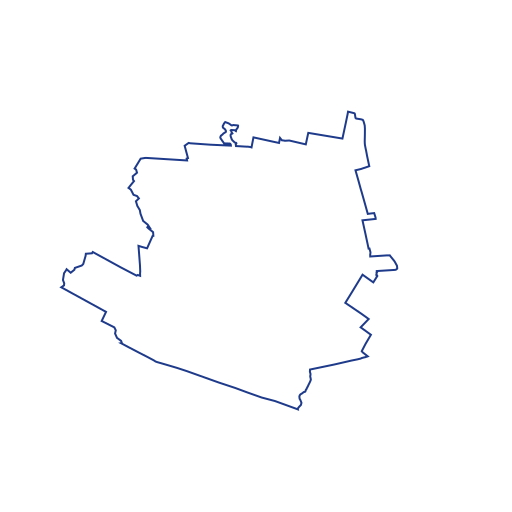 Recea, Arges, Romania (Robinson projection), rotated 50°
{"feature_id": "2599482B23278439531937", "entity_name": "Recea", "entity_type": "district", "adm_level": 2, "iso_a3": "ROU", "parent_name": "Romania", "parent_adm1": "Arges", "projection": "robinson", "projection_center": [25.033, 44.555], "detail": "fine", "context": "isolated", "style": "outline", "palette": "blue", "viewbox_px": 512, "rotation_deg": 50, "n_neighbors": 0, "source": "geoboundaries", "source_scale": "gbopen_adm2", "svg_char_len": 4411}
<svg xmlns="http://www.w3.org/2000/svg" viewBox="0 0 512 512"><g transform="rotate(50 256 256)"><path d="M399.3,320.2L399.2,319.5L399.2,319.4L399.0,317.4L398.2,316.2L397.6,315.5L397.0,315.3L394.5,314.5L393.5,314.4L393.2,314.2L392.8,314.0L391.4,313.0L391.2,312.6L390.9,312.2L390.6,311.2L390.6,310.6L390.9,308.9L390.9,308.1L390.9,307.0L391.5,305.8L391.5,305.3L391.4,305.1L390.6,303.9L390.5,303.1L390.3,302.8L390.3,302.7L390.1,302.4L389.9,302.0L389.8,301.6L389.7,301.2L389.3,300.6L389.1,299.9L388.8,299.2L388.4,298.5L388.2,298.0L388.0,297.5L387.1,295.5L386.6,294.5L386.0,293.5L384.7,292.7L383.3,292.0L382.7,291.5L382.2,290.8L381.3,290.0L379.3,289.1L377.7,287.6L389.0,266.6L390.1,264.5L397.5,250.0L400.4,244.7L401.8,241.9L402.2,240.5L403.3,238.1L403.5,237.9L404.6,235.2L404.7,234.9L398.4,236.2L396.9,236.2L393.7,228.5L390.2,218.6L377.9,221.7L376.7,210.2L373.0,211.1L367.6,212.5L349.3,217.7L345.8,207.1L340.0,189.9L338.8,186.4L351.6,183.1L351.5,182.7L351.6,183.1L349.3,175.9L348.6,175.7L348.3,175.8L348.1,176.1L347.7,175.9L347.1,175.0L345.9,174.1L345.8,173.9L346.0,173.9L346.1,173.6L345.2,173.1L356.1,158.3L356.5,157.2L356.4,155.9L355.9,155.5L354.9,154.8L353.9,154.2L352.6,154.0L351.2,153.7L350.2,153.5L349.1,153.3L344.8,153.2L343.2,153.2L341.5,153.1L340.5,154.4L339.4,155.7L329.8,168.8L328.4,167.7L327.8,167.0L327.2,166.4L326.7,165.9L323.2,164.3L322.7,165.0L309.9,158.2L297.1,151.5L304.5,140.5L303.4,139.7L302.7,139.4L302.0,139.1L299.1,137.9L297.3,140.6L295.6,143.3L283.9,138.0L275.0,134.0L272.2,132.8L263.9,129.0L254.3,124.7L256.9,119.5L257.6,117.6L258.4,115.7L260.0,111.5L253.0,107.8L250.4,106.4L248.3,105.2L245.8,103.8L245.2,103.5L244.6,103.2L241.0,101.2L239.7,100.3L238.8,99.6L237.8,98.8L236.1,97.3L234.5,95.9L234.4,95.8L232.9,94.5L230.8,92.7L229.5,91.6L228.2,90.5L227.2,89.8L226.2,89.0L224.6,88.2L223.9,87.9L222.1,87.1L221.1,86.8L220.7,86.8L220.3,86.7L218.8,87.7L215.1,90.9L214.1,91.0L212.8,90.2L210.8,89.0L210.2,88.8L209.7,89.0L204.6,92.7L206.5,95.0L212.1,102.1L221.6,114.3L195.3,136.8L196.5,138.4L202.5,146.1L188.9,156.3L186.3,159.8L185.7,160.2L184.0,161.8L181.0,161.7L184.2,165.7L179.7,169.2L163.5,181.7L169.9,189.6L169.7,189.7L169.6,189.8L168.5,190.6L167.1,191.9L165.4,193.8L161.4,198.0L159.0,200.6L158.9,200.5L157.7,200.0L157.4,199.5L157.3,199.1L157.1,198.6L156.8,198.5L156.6,198.6L156.4,198.6L156.2,198.8L156.0,199.0L155.3,199.4L154.6,199.4L152.3,199.7L151.1,199.6L148.1,198.5L147.1,197.8L146.7,197.3L146.6,196.7L146.7,196.4L146.7,196.0L147.0,195.5L147.0,195.3L146.1,195.2L145.7,195.2L144.7,194.8L144.4,194.7L144.0,194.6L143.5,194.6L143.5,194.0L145.8,191.6L146.4,191.3L147.2,191.2L147.5,191.1L147.4,190.9L146.8,190.5L146.5,190.0L146.1,188.1L145.8,187.3L144.8,186.0L144.5,185.9L143.7,186.6L143.1,187.2L142.4,187.9L141.0,189.3L140.6,190.4L140.2,190.8L138.6,191.2L136.8,191.7L133.6,193.5L133.9,195.1L134.0,195.6L134.2,195.9L134.4,196.2L134.5,196.4L134.7,197.1L134.9,197.7L135.7,198.5L136.6,198.8L136.9,198.7L137.3,198.6L139.1,198.3L140.2,198.5L140.5,198.5L141.2,198.9L141.6,199.5L141.5,200.2L141.2,202.3L141.4,203.5L141.3,205.6L141.5,205.9L141.8,206.6L142.3,207.2L143.4,207.6L144.6,207.6L145.1,207.7L145.6,207.8L146.3,207.8L146.6,207.8L148.6,208.0L149.2,208.1L153.0,203.8L153.2,203.7L153.5,203.6L154.4,203.7L155.3,204.3L141.6,219.2L127.4,233.9L126.1,234.9L125.7,239.8L137.3,245.2L136.8,246.5L138.5,247.4L110.9,276.4L109.6,277.9L107.3,281.8L111.0,292.8L112.7,292.3L115.7,293.6L115.7,299.2L118.5,301.2L120.2,301.3L121.1,306.1L121.9,309.9L124.7,309.2L130.4,310.5L133.6,308.6L136.6,308.7L136.9,312.8L141.3,314.7L146.2,315.5L149.3,317.3L156.6,319.9L162.4,318.8L165.9,319.2L163.4,320.9L166.0,320.6L171.6,319.5L174.6,321.7L174.2,322.4L180.1,334.5L175.8,337.5L172.7,339.5L188.6,350.9L193.5,354.7L194.8,356.0L196.7,357.5L194.5,358.8L194.3,360.1L177.8,366.9L148.0,378.5L148.5,379.9L144.9,384.9L146.4,386.5L151.1,393.5L151.3,395.4L151.3,395.6L148.7,402.4L149.8,404.0L149.7,408.7L144.4,409.6L144.8,410.5L145.8,414.1L150.3,419.3L153.7,420.5L155.1,422.0L154.8,425.3L197.0,408.9L202.4,406.8L206.6,416.0L219.6,410.4L222.8,411.2L224.8,413.8L229.4,415.1L234.3,413.9L236.5,414.7L236.1,415.4L244.3,412.1L245.7,411.5L255.2,407.6L263.7,404.0L270.4,401.3L272.2,400.8L273.6,400.0L276.0,398.4L276.4,398.1L283.3,393.5L291.0,388.4L299.7,383.0L328.9,365.9L343.8,356.7L355.2,350.2L368.1,342.6L379.3,334.7L394.0,326.2L400.4,322.5L399.7,322.1L399.6,321.6L399.5,320.9L399.3,320.2Z" fill="none" stroke="#1e3a8a" stroke-width="2"/></g></svg>